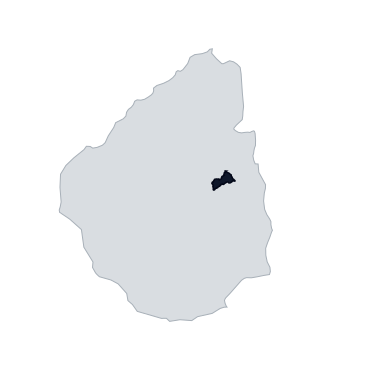 Ansina, Tacuarembó, Uruguay shown in context, rotated 41°
{"feature_id": "84410073B28214065612775", "entity_name": "Ansina", "entity_type": "district", "adm_level": 2, "iso_a3": "URY", "parent_name": "Uruguay", "parent_adm1": "Tacuarembó", "projection": "natural_earth1", "projection_center": [-55.347, -31.995], "detail": "fine", "context": "in_parent", "style": "filled", "palette": "ink", "viewbox_px": 384, "rotation_deg": 41, "n_neighbors": 0, "source": "geoboundaries", "source_scale": "gbopen_adm2", "svg_char_len": 4621}
<svg xmlns="http://www.w3.org/2000/svg" viewBox="0 0 384 384"><g transform="rotate(41 192 192)"><path d="M293.9,255.9L291.8,257.9L289.6,261.5L286.9,270.3L278.0,282.4L276.2,289.2L266.7,296.3L260.0,304.3L255.6,304.1L251.7,307.5L229.0,318.0L220.9,316.0L214.9,316.0L209.3,311.4L196.5,309.8L188.5,311.6L177.7,316.7L174.5,316.6L172.2,316.3L166.4,314.2L163.2,309.8L146.6,304.6L133.2,292.9L117.5,292.7L105.4,294.2L103.6,292.7L102.3,289.7L99.8,285.4L89.3,275.1L81.1,264.8L79.4,254.7L80.4,243.8L82.7,230.8L82.3,226.8L85.3,224.4L88.3,224.0L91.1,220.6L93.7,215.5L94.1,211.7L92.0,204.6L90.6,194.6L88.9,189.7L92.1,181.9L92.3,178.1L90.3,174.7L89.8,171.3L90.6,167.8L90.4,164.4L89.2,161.1L90.1,158.5L93.1,156.3L95.4,153.1L96.8,148.7L97.6,145.3L97.6,143.0L96.7,140.8L94.8,138.8L95.6,134.7L99.2,128.6L101.5,123.1L102.5,118.4L102.5,114.6L101.2,111.6L101.7,109.7L104.0,108.6L104.9,105.6L104.5,97.9L102.2,91.6L103.9,86.6L109.0,80.8L111.6,76.2L111.8,72.6L113.4,70.6L115.8,74.4L123.0,75.4L130.3,75.6L131.5,74.6L134.3,68.3L138.0,66.5L142.1,66.0L146.6,66.4L151.4,70.5L164.9,84.1L174.8,93.6L177.8,98.0L180.4,101.3L182.4,104.4L181.6,112.5L181.7,116.1L182.2,117.1L184.4,117.2L187.8,116.6L190.6,114.9L192.8,112.3L194.9,110.2L196.7,109.0L197.3,107.3L198.3,105.5L199.3,105.2L201.3,106.5L205.9,111.1L209.4,115.3L210.3,117.8L211.7,120.3L213.2,122.5L214.2,124.7L217.7,127.5L221.2,129.3L223.5,127.5L229.5,133.3L242.7,138.2L245.1,141.2L247.3,145.4L251.9,151.8L258.3,157.5L263.4,160.0L268.3,161.4L271.0,162.6L272.9,164.8L275.9,167.2L277.8,168.1L278.4,170.2L280.3,174.8L282.3,180.7L284.5,186.1L289.2,191.3L294.6,195.4L300.2,197.7L303.3,200.6L304.6,203.5L300.9,207.9L296.7,213.4L293.1,217.8L289.4,220.8L288.1,222.9L287.3,226.2L287.2,243.3L286.9,249.7L287.2,251.4L287.7,252.6L290.0,254.3L292.8,255.7L293.9,255.9Z" fill="#d9dde1" stroke="#a8b0b8" stroke-width="1"/><path d="M203.5,154.1L203.9,154.3L204.3,154.5L204.4,154.9L204.4,155.1L204.2,155.2L203.9,155.2L203.7,155.3L203.7,155.6L203.7,155.9L203.9,155.9L204.2,155.9L204.2,156.1L203.9,156.4L204.0,156.8L204.4,157.3L204.5,157.8L204.7,158.0L204.9,158.1L205.2,158.1L205.3,158.1L205.2,158.3L205.3,158.5L205.2,158.8L204.9,158.8L204.8,159.0L204.9,159.9L204.7,160.2L204.4,160.7L204.7,161.0L204.9,161.2L204.8,161.8L205.1,162.0L205.4,162.6L205.4,163.1L205.2,163.5L204.9,163.9L204.9,164.4L204.9,164.7L204.8,164.9L204.3,165.0L203.9,165.1L203.7,164.9L203.7,164.7L203.3,164.9L203.3,165.2L203.1,165.3L202.9,165.4L202.9,165.6L202.5,165.8L202.3,166.0L201.9,166.1L201.6,166.7L201.0,167.1L200.7,167.8L200.8,168.2L201.1,168.5L201.2,168.9L201.0,169.2L201.0,169.4L201.1,169.7L201.2,170.0L201.3,170.3L201.5,170.5L201.4,170.7L201.1,170.8L200.9,171.0L200.9,171.3L201.1,171.5L201.1,172.0L201.2,172.3L201.4,172.3L201.6,172.5L201.9,172.7L202.4,172.7L202.8,172.6L203.1,172.8L203.6,172.8L203.6,173.2L203.8,173.2L204.0,173.4L204.0,173.9L204.1,174.1L204.3,174.1L204.7,174.0L204.9,174.1L205.1,174.3L205.1,174.5L204.9,174.7L205.1,174.9L205.3,174.9L205.7,175.0L206.0,175.2L206.0,175.8L206.3,176.1L206.5,176.3L206.8,176.4L207.0,176.4L207.2,176.0L207.4,175.8L207.6,175.7L207.6,175.3L207.5,175.2L207.4,175.1L207.2,174.9L207.3,174.8L207.5,174.6L207.5,174.4L207.5,174.2L207.6,173.8L207.5,173.7L207.6,173.4L207.9,173.2L208.0,173.1L208.0,172.8L207.8,172.7L207.8,172.3L207.9,172.2L208.5,172.0L208.4,171.7L208.5,171.2L208.5,170.8L208.7,170.2L208.8,170.0L209.0,169.8L209.0,169.6L208.9,169.1L208.8,168.9L209.2,168.6L209.1,168.4L208.8,167.9L208.8,167.4L208.8,167.1L209.0,167.1L209.2,166.9L209.5,166.9L209.5,166.7L209.8,166.3L209.7,166.0L210.1,166.0L210.5,165.8L210.9,165.5L211.0,165.2L210.8,164.9L210.7,164.9L210.9,164.8L210.9,164.7L210.8,164.4L211.0,164.2L211.1,163.8L211.3,163.4L211.3,163.0L211.2,162.8L211.2,162.6L211.6,162.5L211.7,162.1L211.8,161.5L212.5,161.0L212.9,160.8L213.2,160.9L213.8,161.0L214.2,160.6L214.6,160.4L214.8,160.1L215.0,159.7L215.2,159.0L215.1,158.6L215.4,158.3L215.3,158.1L215.2,157.9L215.3,157.7L215.4,157.3L215.4,157.1L215.6,157.0L215.6,156.5L215.9,156.3L216.5,156.2L217.2,155.7L217.2,155.4L216.9,155.2L216.7,155.2L216.4,155.2L216.2,155.2L215.9,155.2L215.7,155.2L215.4,155.1L215.2,155.1L214.9,155.1L214.7,155.2L214.4,155.2L214.2,155.2L213.9,155.2L213.7,155.2L213.4,155.0L213.2,154.9L212.9,154.8L212.9,154.7L212.6,154.6L212.4,154.5L212.3,154.4L212.2,154.4L211.9,154.3L211.7,154.3L211.4,154.2L211.2,154.1L210.9,153.9L210.7,153.7L210.5,153.4L210.2,153.4L209.9,153.4L209.7,153.4L209.4,153.4L209.2,153.5L208.9,153.6L208.7,153.6L207.3,153.5L207.1,153.7L206.7,153.8L206.3,153.9L205.9,154.1L205.7,154.1L205.3,154.1L205.0,154.1L204.5,154.0L203.7,154.1L203.8,153.9L203.5,154.1Z" fill="#0f172a" stroke="#020617" stroke-width="1.5"/></g></svg>